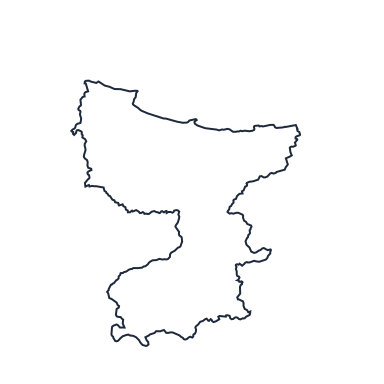 Nandayure, Guanacaste, Costa Rica (Mercator projection), rotated 162°
{"feature_id": "36466004B45904534583509", "entity_name": "Nandayure", "entity_type": "district", "adm_level": 2, "iso_a3": "CRI", "parent_name": "Costa Rica", "parent_adm1": "Guanacaste", "projection": "mercator", "projection_center": [-85.275, 9.901], "detail": "fine", "context": "isolated", "style": "outline", "palette": "slate", "viewbox_px": 384, "rotation_deg": 162, "n_neighbors": 0, "source": "geoboundaries", "source_scale": "gbopen_adm2", "svg_char_len": 6007}
<svg xmlns="http://www.w3.org/2000/svg" viewBox="0 0 384 384"><g transform="rotate(162 192 192)"><path d="M302.3,98.8L302.0,97.0L300.9,96.1L298.5,95.1L297.9,93.3L296.9,91.9L298.5,88.4L298.1,84.0L302.4,85.4L303.6,88.2L304.6,89.3L307.8,89.2L309.5,88.6L310.2,87.4L312.6,81.5L312.6,80.3L311.7,78.6L311.9,77.5L311.0,74.0L309.8,73.3L308.1,73.4L305.2,75.1L302.5,76.2L298.2,76.3L296.5,76.0L295.6,74.9L292.1,73.2L289.9,70.9L288.1,67.3L287.7,65.0L286.3,61.8L283.5,59.9L282.5,59.7L280.5,60.4L280.0,63.1L280.9,64.7L281.2,68.3L277.4,68.9L276.2,69.5L271.2,69.5L269.0,70.7L265.5,69.4L261.3,69.4L260.0,66.0L257.9,65.3L255.6,65.1L253.8,64.4L248.2,59.5L247.6,58.2L245.7,56.0L245.3,54.6L244.2,53.8L242.2,53.8L240.0,54.7L238.3,54.9L236.8,53.5L236.0,53.8L235.4,54.3L234.9,55.7L234.3,56.2L233.0,56.3L231.6,57.8L230.7,59.7L230.7,62.0L229.9,62.9L226.7,64.3L224.4,66.0L221.5,66.0L218.6,67.0L217.2,67.0L216.3,64.6L215.7,64.2L213.5,65.3L212.8,64.2L212.7,62.8L211.6,61.6L209.4,61.6L205.4,62.5L205.5,65.3L204.0,65.5L198.3,63.0L197.8,64.1L196.4,63.9L194.5,62.6L194.6,60.1L193.7,58.8L191.9,58.5L190.6,59.2L189.0,59.3L187.5,58.4L186.8,56.9L185.4,55.9L182.7,56.2L181.9,55.7L180.8,55.7L179.1,56.7L175.3,57.2L174.5,58.0L173.5,60.3L175.6,60.1L176.1,62.6L178.0,64.5L178.2,67.8L177.3,70.3L177.3,72.2L180.9,75.6L181.5,75.7L181.5,77.9L177.6,80.4L175.7,86.9L174.5,88.4L172.9,88.9L172.9,90.0L171.9,90.4L171.9,91.0L172.5,91.7L174.7,91.9L174.9,93.2L176.1,94.0L175.1,94.2L173.3,95.9L173.5,97.0L174.9,98.2L175.0,99.5L174.0,102.8L174.0,105.5L172.8,106.9L173.1,108.4L172.7,109.2L171.6,109.4L170.1,108.5L168.9,109.1L167.1,106.4L164.6,107.4L163.4,108.3L161.5,108.4L160.9,107.8L158.9,107.2L154.2,107.4L152.6,106.3L149.7,104.9L142.7,104.9L140.6,106.1L139.5,107.7L136.6,109.3L136.2,110.6L134.9,112.4L134.9,112.9L135.3,113.2L138.0,113.3L141.0,116.5L142.5,116.6L144.7,115.7L146.5,115.6L149.9,114.7L151.8,114.9L154.1,117.0L154.5,121.5L156.3,124.6L156.5,125.5L156.3,128.6L153.9,131.2L152.7,131.8L151.8,133.6L150.6,134.1L149.5,135.1L149.0,137.8L147.9,138.4L147.7,139.1L146.1,140.6L146.2,141.9L149.3,144.5L149.8,146.8L151.3,148.6L151.4,152.1L150.7,153.4L150.9,154.8L154.4,157.9L156.3,158.5L159.4,158.6L161.2,159.7L162.9,159.8L164.4,162.0L164.1,162.6L161.9,164.1L160.7,166.3L159.2,166.6L157.6,168.1L155.8,169.0L155.2,171.3L154.3,171.8L152.4,171.8L150.3,174.3L147.5,175.6L144.4,175.0L144.3,177.2L142.4,177.6L139.7,180.8L138.4,180.7L137.9,181.0L137.3,182.0L137.5,183.3L136.9,183.7L134.4,184.0L130.6,183.3L125.2,183.3L122.7,185.9L120.9,185.6L119.4,183.8L118.2,183.3L115.6,183.4L111.8,185.5L110.3,185.5L108.7,184.3L106.4,184.3L105.4,184.9L96.9,184.6L95.2,186.6L92.4,188.5L92.3,195.0L87.8,195.5L85.8,196.0L86.1,199.5L85.3,203.9L84.4,204.4L83.2,204.4L81.9,203.8L79.3,204.0L78.9,204.3L78.8,207.2L75.7,209.1L75.7,209.7L77.0,210.8L76.6,212.1L75.5,212.6L72.0,212.7L71.5,213.1L71.4,215.8L72.8,217.5L72.6,219.4L72.2,219.4L72.6,223.6L82.8,224.9L83.4,225.3L85.5,225.3L91.9,226.8L93.0,227.9L93.3,229.9L93.8,230.7L96.8,231.6L104.3,232.4L105.1,233.1L107.6,233.6L108.0,234.6L111.5,235.4L112.4,235.4L113.1,234.6L113.1,233.0L113.6,231.9L115.5,231.6L118.8,232.1L122.8,234.0L125.4,234.3L126.7,235.2L128.9,235.1L130.0,235.6L131.7,235.7L134.5,236.7L136.9,240.0L138.8,241.1L142.6,241.4L144.1,242.2L147.1,242.2L149.4,243.8L159.7,248.6L166.3,253.6L168.1,256.0L168.2,257.4L167.8,258.1L165.3,259.0L165.5,259.8L166.0,260.2L172.3,260.8L174.1,259.8L175.4,259.6L179.4,260.7L184.5,263.5L194.1,269.9L196.2,270.6L209.5,280.2L214.7,284.7L216.1,286.4L217.0,288.3L220.4,292.4L221.0,293.5L221.0,294.4L219.8,295.6L218.4,298.1L216.2,299.7L214.5,303.3L212.6,304.7L212.9,305.2L215.3,306.0L220.0,306.9L228.2,311.9L233.9,313.9L237.9,317.5L242.1,320.2L246.8,326.0L249.3,325.3L254.0,328.2L255.5,329.7L258.4,330.5L259.7,330.2L260.6,328.5L259.5,328.0L259.7,319.8L262.1,319.9L263.1,319.6L264.1,318.6L264.6,316.0L266.5,316.2L269.6,314.2L270.6,309.4L271.1,308.5L272.7,308.1L274.5,306.2L274.4,304.9L273.2,303.6L273.2,302.9L274.6,300.5L274.7,296.1L276.5,292.5L276.9,292.1L280.0,292.3L281.8,291.5L283.2,289.3L284.1,288.7L286.3,288.3L287.9,287.4L287.8,286.8L286.5,285.8L286.8,284.5L287.2,284.2L286.5,282.7L284.0,284.0L283.3,285.4L282.3,286.3L280.9,286.0L278.5,283.7L278.3,282.6L278.9,281.6L279.0,280.8L278.4,279.7L279.4,277.8L277.3,275.2L276.9,272.9L279.1,271.0L279.8,269.2L279.9,266.3L280.4,264.6L283.2,260.6L284.0,258.8L283.5,257.0L281.9,254.6L282.0,252.6L283.3,249.4L283.2,247.1L280.7,245.3L280.8,244.0L284.4,243.5L285.6,242.5L285.6,240.9L285.2,240.7L284.7,239.7L285.0,237.5L285.5,236.8L287.4,236.0L291.0,233.7L291.7,230.1L287.9,230.5L287.8,228.9L285.2,228.7L282.6,227.4L281.5,227.2L274.7,223.6L274.9,220.1L273.7,218.7L273.8,217.7L272.9,216.5L272.4,214.4L271.2,213.4L270.1,209.3L268.3,208.0L268.3,206.0L265.6,204.5L265.4,203.6L265.8,202.8L265.5,201.7L261.8,201.7L261.6,199.7L260.0,198.1L260.3,195.7L258.9,194.3L259.2,192.5L257.3,191.9L254.8,192.8L254.4,191.8L250.7,192.0L248.8,189.9L248.1,188.1L246.8,187.8L245.0,188.1L244.1,186.9L244.0,185.9L242.0,185.5L240.8,184.7L239.5,184.5L236.4,185.7L233.9,185.6L232.0,183.8L230.9,183.4L229.6,182.0L228.9,182.0L227.1,183.1L226.3,183.0L225.0,181.3L223.1,181.9L222.2,181.8L222.6,179.9L220.6,180.3L218.5,179.6L217.0,178.4L215.8,178.6L214.7,179.8L212.4,179.6L211.3,179.0L210.2,177.3L211.9,174.9L211.7,172.6L212.5,170.8L215.0,167.3L217.8,165.2L218.5,164.1L216.6,157.9L217.4,156.4L217.5,154.6L215.9,152.4L215.9,151.5L216.7,147.9L219.8,143.9L220.9,143.4L222.6,143.4L226.5,141.5L230.7,140.7L232.2,139.3L233.1,137.0L235.6,135.7L236.9,135.7L239.1,136.6L240.9,136.9L243.8,138.5L246.7,138.2L250.6,139.2L253.2,138.7L255.0,138.0L256.3,136.9L259.3,135.8L260.9,136.1L263.0,135.5L267.2,136.4L271.3,137.8L272.8,137.3L273.9,137.7L276.2,137.6L278.8,136.7L281.8,136.8L282.8,136.3L284.9,136.9L285.9,135.4L287.9,134.3L288.5,132.5L290.1,131.6L291.1,131.6L294.5,129.4L295.7,129.4L297.0,128.7L297.7,128.9L301.3,125.4L301.5,124.5L303.6,123.2L303.0,121.8L303.4,116.7L301.6,115.2L297.9,110.2L297.6,107.3L296.6,106.1L297.4,104.7L299.8,104.0L302.3,98.8Z" fill="none" stroke="#1e293b" stroke-width="2"/></g></svg>